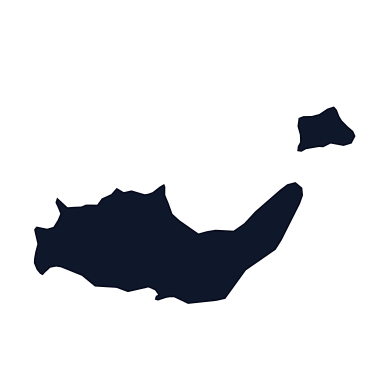 the border of Inagua, rotated 17°
{"feature_id": "BHS-5038", "entity_name": "Inagua", "entity_type": "District", "adm_level": 1, "iso_a3": "BHS", "parent_name": "The Bahamas", "parent_adm1": "", "projection": "albers", "projection_center": [-73.316, 21.237], "detail": "fine", "context": "isolated", "style": "filled", "palette": "ink", "viewbox_px": 384, "rotation_deg": 17, "n_neighbors": 0, "source": "natural_earth", "source_scale": "10m", "svg_char_len": 1330}
<svg xmlns="http://www.w3.org/2000/svg" viewBox="0 0 384 384"><g transform="rotate(17 192 192)"><path d="M72.5,258.2L73.2,251.1L69.1,246.0L65.3,241.8L65.3,238.0L77.4,243.8L84.5,241.1L90.6,239.0L94.7,235.7L105.7,232.4L108.2,225.0L116.0,218.1L119.2,211.0L126.9,212.9L133.9,208.9L144.2,208.8L147.8,208.7L151.3,206.9L154.9,204.2L160.1,196.8L163.0,193.6L164.3,195.2L166.6,203.0L172.2,209.8L179.2,219.2L188.3,223.5L210.4,230.6L218.2,225.7L225.9,221.9L243.5,217.5L251.7,207.0L258.8,192.3L276.0,164.7L281.3,157.3L288.1,153.1L295.7,156.3L298.4,162.9L298.0,171.6L291.1,211.9L288.2,222.4L265.8,250.8L254.5,283.9L247.0,288.2L220.8,299.4L205.6,297.1L201.1,298.5L197.8,300.2L191.0,305.0L188.6,305.0L188.6,302.2L190.9,300.2L185.7,296.1L178.1,295.2L159.8,305.7L147.7,305.0L126.8,310.0L111.3,303.6L88.7,301.6L83.7,302.3L78.0,305.3L76.5,308.1L74.4,311.5L73.1,314.4L70.8,313.9L66.7,311.2L62.2,305.8L61.2,301.7L60.4,295.2L60.1,286.7L53.9,276.0L52.8,273.9L53.9,271.2L64.4,270.2L70.3,266.4L72.5,258.2ZM300.0,111.1L288.1,117.1L284.6,120.8L281.3,121.3L280.6,117.3L281.6,112.7L279.1,105.4L274.4,98.1L273.1,90.4L276.6,87.6L284.8,84.9L291.4,80.8L297.5,73.3L302.8,69.6L306.0,71.6L310.3,77.1L314.0,80.4L321.0,84.2L328.0,87.3L331.2,91.0L329.8,98.5L323.2,102.9L310.1,104.4L304.0,110.2L300.0,111.1Z" fill="#0f172a" stroke="#020617" stroke-width="1.5"/></g></svg>